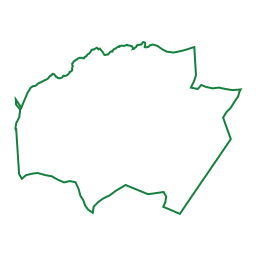 the district of San Lucas Zoquiápam, Oaxaca, Mexico
{"feature_id": "50627088B48388280535597", "entity_name": "San Lucas Zoquiápam", "entity_type": "district", "adm_level": 2, "iso_a3": "MEX", "parent_name": "Mexico", "parent_adm1": "Oaxaca", "projection": "orthographic", "projection_center": [-96.922, 18.111], "detail": "fine", "context": "isolated", "style": "outline", "palette": "green", "viewbox_px": 256, "rotation_deg": 0, "n_neighbors": 0, "source": "geoboundaries", "source_scale": "gbopen_adm2", "svg_char_len": 4298}
<svg xmlns="http://www.w3.org/2000/svg" viewBox="0 0 256 256"><path d="M19.1,174.2L19.3,174.4L21.8,178.8L26.1,175.1L32.6,173.6L33.7,173.5L36.9,173.1L37.8,173.0L39.2,173.4L41.6,174.1L43.0,174.5L43.9,174.7L45.1,175.1L47.7,175.5L48.5,175.7L51.2,176.2L51.4,176.2L51.6,176.2L57.7,179.6L57.9,179.7L59.6,180.5L61.3,181.2L64.0,182.4L67.3,181.6L68.0,181.5L69.2,181.2L69.8,181.1L73.4,181.8L75.5,182.2L78.5,188.8L80.5,195.9L83.4,200.4L85.1,205.5L88.1,209.6L92.7,212.8L93.7,206.6L98.4,201.9L103.3,198.4L109.8,195.3L110.7,194.6L114.3,191.9L115.9,190.7L117.0,190.1L120.3,188.1L125.5,185.0L128.7,186.3L148.0,194.2L152.6,193.6L163.6,192.0L163.8,192.3L166.2,196.5L165.9,198.2L165.4,201.9L164.0,205.2L163.3,206.8L165.8,207.9L168.1,208.8L169.6,209.5L171.1,210.1L173.5,211.1L175.3,211.9L176.6,212.5L178.2,213.2L178.6,213.3L179.8,213.9L180.2,213.4L185.4,205.7L192.5,195.2L196.2,189.9L200.7,183.2L205.3,176.6L208.2,172.3L210.6,168.7L212.8,165.5L215.2,162.0L217.2,159.1L218.8,156.8L230.8,139.1L229.9,136.7L228.6,133.0L226.5,127.2L225.2,123.6L224.2,120.6L223.1,117.6L226.4,112.2L230.6,107.9L234.6,101.6L236.1,99.3L238.1,96.5L239.3,92.4L239.6,91.3L240.6,89.4L239.3,89.6L236.5,89.8L234.7,89.9L233.1,90.1L232.6,90.1L231.8,90.0L229.7,89.7L227.0,89.2L226.5,89.2L220.7,88.0L219.5,87.7L219.0,87.6L218.1,87.7L213.7,88.2L212.9,88.3L212.5,88.4L211.3,88.1L210.6,87.9L206.1,87.0L204.3,86.2L201.8,85.2L201.3,85.0L197.7,89.0L190.9,87.6L194.2,80.8L194.2,80.6L194.7,79.1L195.2,77.7L195.7,76.1L196.0,75.1L195.8,72.8L195.7,70.1L195.6,69.5L195.6,69.0L194.3,47.1L191.5,47.9L188.9,48.8L186.6,49.5L185.2,49.9L181.2,51.0L180.1,51.2L176.5,52.0L174.4,52.4L173.8,52.5L172.5,52.4L168.8,51.9L166.9,51.7L163.2,49.8L162.1,49.2L158.2,46.4L157.7,46.0L155.8,45.4L153.1,44.6L152.5,44.7L152.0,44.7L151.2,45.2L150.2,45.3L149.6,45.4L148.8,46.6L147.5,47.1L146.9,47.2L146.2,47.3L145.2,47.3L144.7,47.1L144.6,46.8L144.9,45.9L145.2,45.2L145.2,43.3L145.1,42.9L144.7,42.5L144.0,42.2L143.8,42.3L143.3,42.1L143.0,42.2L142.7,42.5L142.1,43.5L142.0,43.8L141.5,44.2L141.4,44.4L141.0,44.6L140.7,44.6L140.4,44.5L140.0,44.7L139.5,44.8L139.2,44.8L138.9,45.0L138.0,44.9L137.1,45.2L136.7,45.7L136.7,46.3L136.3,46.7L136.1,46.9L136.0,47.1L135.7,47.2L135.6,47.5L135.1,47.7L134.8,47.8L134.1,48.7L133.9,48.6L133.6,48.9L133.1,49.0L133.6,48.4L132.7,47.8L132.3,46.5L132.1,46.3L131.5,46.3L131.3,46.2L130.4,45.8L129.6,45.6L129.2,45.6L127.8,45.4L127.6,45.0L126.8,44.8L126.6,45.1L126.3,45.1L125.4,45.4L123.9,45.9L123.7,46.0L121.8,45.6L121.5,45.7L120.3,45.9L119.1,46.2L119.2,46.8L118.8,46.8L117.6,47.1L117.4,47.1L116.0,48.2L115.4,48.7L114.5,48.9L114.2,49.1L113.9,49.4L112.1,51.1L112.3,51.6L112.0,51.7L111.0,51.5L110.4,51.8L109.7,52.6L108.6,53.8L108.3,54.4L106.8,54.6L106.0,54.7L105.6,55.0L104.4,54.9L103.2,52.9L102.6,51.9L101.0,50.0L100.5,49.4L99.9,48.6L98.3,49.4L97.5,48.4L97.2,47.9L96.7,47.7L95.2,48.7L93.7,49.6L93.3,49.4L92.7,49.7L92.1,49.7L91.9,49.7L91.2,50.5L90.8,51.6L90.5,51.9L90.1,52.2L89.6,53.1L88.9,53.6L87.8,54.4L87.3,54.7L86.7,55.8L86.5,56.0L86.4,56.1L86.0,56.3L85.7,56.7L84.6,56.9L84.2,57.8L84.1,58.2L83.0,58.4L81.8,57.8L81.1,57.9L80.8,57.9L79.9,57.7L79.5,57.8L78.8,58.1L78.1,58.4L77.9,58.5L77.6,58.7L77.2,59.4L76.4,59.7L75.8,59.8L75.5,60.2L75.0,60.7L73.9,61.2L73.5,61.6L73.2,62.7L72.4,63.5L72.2,63.6L72.3,65.3L72.8,65.9L72.8,66.1L72.7,66.6L72.4,67.1L72.2,67.8L72.1,68.5L72.0,69.2L72.3,69.7L72.0,70.5L71.8,70.8L71.2,71.2L70.6,71.6L69.5,72.1L69.6,72.6L68.8,73.6L68.6,73.9L68.0,74.5L67.3,74.9L66.5,75.6L65.9,75.8L65.5,75.9L65.1,75.8L64.7,75.8L64.5,76.0L63.8,75.7L63.3,76.1L63.0,76.1L62.8,76.6L62.3,77.3L60.4,78.2L58.6,78.2L57.9,78.0L57.4,77.4L56.8,77.2L56.4,77.2L55.9,76.5L55.8,76.2L55.7,76.0L55.2,75.6L54.9,75.3L54.5,74.8L54.2,74.6L54.1,74.2L53.7,74.1L53.4,73.9L52.9,73.8L52.7,73.8L52.2,74.2L52.0,74.6L51.8,75.0L51.5,75.1L51.2,75.2L51.1,75.5L50.5,75.7L50.3,76.0L50.0,76.0L49.8,76.3L49.7,76.4L49.3,76.7L48.6,77.9L48.1,78.3L47.9,78.6L47.1,79.2L46.8,79.3L45.8,79.8L45.5,80.0L44.9,80.1L44.7,80.2L42.8,81.2L42.6,81.4L42.1,81.7L41.0,82.2L40.6,82.5L40.1,82.5L39.0,83.0L38.6,83.2L37.4,84.1L37.0,84.5L36.4,85.1L35.5,85.8L34.8,85.9L32.7,86.3L32.4,86.6L30.7,87.7L29.9,89.0L28.9,90.7L27.5,92.9L21.3,107.7L15.8,99.4L16.0,104.4L16.7,105.3L20.2,109.6L19.3,117.1L16.8,122.1L16.2,123.2L15.7,126.5L15.4,128.3L15.7,129.6L16.2,129.4L19.1,174.2Z" fill="none" stroke="#15803d" stroke-width="2"/></svg>